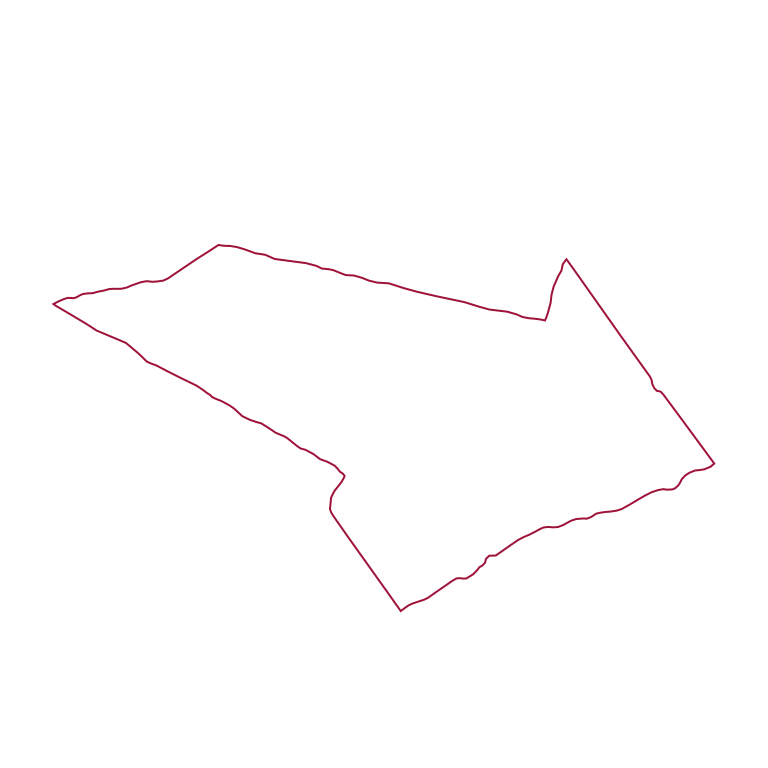 Okano, Wouleu-Ntem, Gabon, rotated 235°
{"feature_id": "22940354B24104320747688", "entity_name": "Okano", "entity_type": "district", "adm_level": 2, "iso_a3": "GAB", "parent_name": "Gabon", "parent_adm1": "Wouleu-Ntem", "projection": "equal_earth", "projection_center": [11.511, 0.744], "detail": "fine", "context": "isolated", "style": "outline", "palette": "rose", "viewbox_px": 768, "rotation_deg": 235, "n_neighbors": 0, "source": "geoboundaries", "source_scale": "gbopen_adm2", "svg_char_len": 2722}
<svg xmlns="http://www.w3.org/2000/svg" viewBox="0 0 768 768"><g transform="rotate(235 384 384)"><path d="M129.0,604.5L129.4,608.9L180.7,607.7L215.1,606.8L219.2,606.2L221.9,603.6L225.5,603.0L230.3,603.8L233.5,605.4L237.6,606.1L288.9,605.5L368.4,605.2L381.5,605.0L381.0,603.3L379.6,599.2L375.1,594.4L372.4,588.5L366.3,578.6L361.0,572.4L354.7,566.8L347.8,558.4L345.2,554.8L343.7,552.3L346.9,549.4L351.2,544.7L354.7,540.5L359.3,536.0L364.9,532.6L372.5,526.5L384.5,513.1L392.2,506.7L405.1,496.7L425.7,477.4L440.7,463.9L451.8,454.7L459.1,449.2L463.7,445.7L468.7,439.4L471.0,436.5L477.3,431.0L483.7,426.8L490.1,421.6L495.2,415.1L500.7,411.4L506.3,407.8L509.9,404.4L514.1,399.4L519.6,396.3L527.8,389.4L542.0,373.9L549.2,366.1L553.2,363.7L557.9,360.9L565.0,353.5L574.2,347.1L580.6,342.0L585.1,337.4L589.5,331.6L592.8,328.2L593.2,315.7L593.6,307.6L593.9,300.1L594.1,286.7L594.4,267.4L595.3,262.5L598.3,256.6L600.7,252.7L604.3,248.7L606.9,243.0L609.5,233.8L610.5,228.8L612.5,223.8L615.1,219.8L617.4,216.7L619.4,213.3L621.3,207.9L623.7,202.6L625.5,197.4L628.1,193.4L630.5,188.8L631.1,185.6L631.4,181.6L632.4,178.9L636.1,174.1L637.6,168.7L638.6,163.1L639.1,159.1L636.6,159.9L628.1,163.8L617.5,168.6L604.3,174.5L592.5,179.3L579.5,187.5L565.6,196.2L549.4,200.5L538.4,202.6L534.6,204.8L529.7,208.2L517.5,214.5L506.0,220.7L490.2,229.5L482.8,232.4L478.2,233.8L474.7,235.3L471.9,235.7L468.2,237.8L463.7,240.8L455.7,244.9L450.2,247.0L444.4,248.3L439.2,249.4L435.2,251.5L431.1,253.9L425.5,258.1L422.3,260.8L416.0,263.5L411.3,265.4L406.4,267.2L402.7,269.5L399.0,271.9L395.2,273.7L390.3,275.1L383.0,277.2L379.0,278.7L375.2,281.9L367.1,286.0L359.2,288.5L352.7,293.0L345.3,296.8L341.3,297.4L337.4,297.6L334.1,298.9L331.4,299.0L330.4,297.8L328.6,294.1L327.4,290.8L326.3,287.1L325.0,282.6L323.3,279.1L321.2,275.4L316.1,271.1L312.7,268.1L309.4,267.1L305.2,266.8L302.0,266.8L300.7,266.8L279.3,266.8L208.7,267.4L188.4,267.5L188.6,273.1L188.6,277.1L187.8,281.5L186.0,287.5L184.2,293.5L183.6,297.9L183.7,306.5L183.6,316.2L183.6,325.9L183.2,331.8L181.8,334.3L179.6,336.8L177.5,339.8L177.0,348.1L178.2,354.0L179.2,357.0L178.9,360.9L179.7,364.4L182.2,367.1L183.0,371.6L181.5,374.0L179.4,377.1L179.4,394.7L179.3,404.4L178.5,410.5L177.2,416.7L176.4,422.4L175.7,428.8L174.9,432.6L172.6,436.7L169.5,440.4L167.0,444.6L165.7,449.9L165.2,454.6L164.7,458.9L163.1,464.1L159.3,470.5L157.5,472.6L156.2,477.4L156.1,483.3L154.8,486.7L152.5,491.4L149.5,496.5L146.8,502.0L145.3,506.7L144.4,514.9L143.6,525.9L142.9,533.9L141.9,540.9L139.9,547.7L137.5,552.8L135.4,554.8L132.3,559.6L131.6,562.8L132.1,566.8L133.2,569.6L135.3,573.5L136.3,578.6L136.1,583.3L134.7,589.3L132.5,593.1L130.4,597.5L128.9,604.1L129.0,604.5Z" fill="none" stroke="#9f1239" stroke-width="2"/></g></svg>